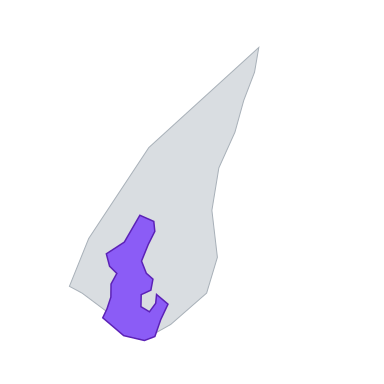 where Triesen sits in Liechtenstein, rotated 31°
{"feature_id": "LIE-4893", "entity_name": "Triesen", "entity_type": "state/province", "adm_level": 1, "iso_a3": "LIE", "parent_name": "Liechtenstein", "parent_adm1": "", "projection": "mercator", "projection_center": [9.548, 47.092], "detail": "fine", "context": "in_parent", "style": "filled", "palette": "violet", "viewbox_px": 384, "rotation_deg": 31, "n_neighbors": 0, "source": "natural_earth", "source_scale": "10m", "svg_char_len": 733}
<svg xmlns="http://www.w3.org/2000/svg" viewBox="0 0 384 384"><g transform="rotate(31 192 192)"><path d="M226.8,343.1L149.9,335.3L135.5,336.0L127.4,285.0L132.1,176.1L174.8,33.7L183.9,57.1L189.2,86.9L198.0,118.6L202.6,157.5L218.5,197.5L247.4,234.9L256.6,271.1L242.0,316.4L226.8,343.1Z" fill="#d9dde1" stroke="#a8b0b8" stroke-width="1"/><path d="M234.6,335.0L227.7,343.8L207.4,350.3L180.3,345.8L179.3,335.9L176.6,323.9L170.0,312.6L169.5,300.5L159.6,298.1L150.4,289.1L159.8,269.8L159.3,238.8L174.4,236.9L180.4,244.9L181.5,259.4L184.3,277.2L194.7,285.2L203.4,286.8L207.3,297.3L201.3,306.1L207.3,316.6L217.2,316.6L218.2,306.1L214.4,298.1L229.2,300.5L230.9,317.4L234.6,335.0Z" fill="#8b5cf6" stroke="#5b21b6" stroke-width="1.5"/></g></svg>